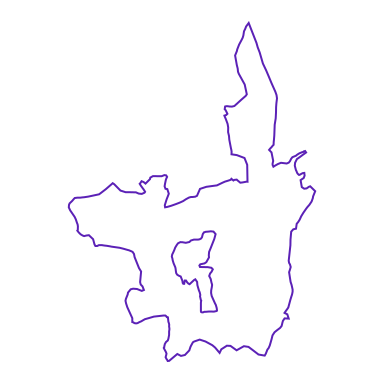 outline of Kafr Al-Shaykh, Kafr ash Shaykh, Egypt
{"feature_id": "37247803B58059087530492", "entity_name": "Kafr Al-Shaykh", "entity_type": "district", "adm_level": 2, "iso_a3": "EGY", "parent_name": "Egypt", "parent_adm1": "Kafr ash Shaykh", "projection": "albers", "projection_center": [30.959, 31.2], "detail": "fine", "context": "isolated", "style": "outline", "palette": "violet", "viewbox_px": 384, "rotation_deg": 0, "n_neighbors": 0, "source": "geoboundaries", "source_scale": "gbopen_adm2", "svg_char_len": 6041}
<svg xmlns="http://www.w3.org/2000/svg" viewBox="0 0 384 384"><path d="M248.7,23.0L246.1,26.5L245.2,28.9L244.0,31.3L243.4,35.3L242.7,37.7L241.5,40.1L239.1,44.6L237.2,49.5L236.9,51.0L235.1,55.5L236.2,61.6L236.8,65.0L237.7,68.6L238.0,71.7L238.8,73.8L244.7,84.5L246.8,94.3L245.8,95.8L241.0,100.0L234.4,106.0L232.0,106.6L229.6,106.5L227.5,106.2L226.3,106.2L225.1,106.5L224.7,109.2L225.6,110.1L227.4,113.8L226.2,115.0L225.3,115.3L224.4,115.6L224.7,116.5L225.8,119.0L227.6,123.9L228.2,127.5L228.1,132.1L229.0,136.0L229.3,139.7L230.7,147.0L231.0,148.5L231.3,149.7L231.6,151.6L231.5,154.3L236.8,155.1L244.5,158.0L247.2,164.8L247.5,181.7L246.9,181.6L242.7,182.4L240.3,182.7L237.3,180.2L236.7,179.6L234.3,179.9L233.4,180.5L231.4,178.8L230.7,179.8L228.0,180.7L225.0,181.6L222.3,182.8L216.9,185.4L214.5,185.7L206.4,186.8L202.7,188.0L200.0,188.9L199.1,191.0L197.0,195.8L195.2,196.7L192.5,197.0L191.0,197.0L190.2,197.2L188.9,197.6L185.8,199.3L183.1,201.1L179.8,202.6L175.9,204.1L171.1,205.8L168.7,206.5L166.9,207.0L166.2,207.1L165.1,207.3L164.8,205.2L166.6,199.4L167.9,196.1L168.8,193.7L167.3,189.1L165.5,188.8L164.6,186.3L165.0,183.9L165.9,179.6L166.5,178.1L167.1,176.9L166.2,175.4L164.4,175.1L161.7,176.2L158.1,176.2L153.0,176.1L150.3,177.6L150.0,179.1L145.5,183.6L143.7,182.1L141.6,181.2L140.2,183.3L139.7,183.8L140.9,185.7L142.7,188.2L143.6,189.4L145.1,191.8L144.5,192.7L141.8,193.9L138.8,193.6L135.8,192.3L133.4,192.3L129.2,192.2L125.6,192.2L121.2,190.8L120.5,190.6L114.2,184.2L112.7,183.2L111.6,184.2L110.3,185.3L105.8,189.2L101.9,192.2L99.1,194.3L88.3,196.6L84.4,197.2L82.3,197.4L79.9,197.7L77.2,197.7L74.8,198.0L73.9,198.9L72.1,201.0L69.6,203.4L69.0,204.9L68.8,207.4L70.2,210.4L74.6,216.8L75.8,219.3L77.0,222.9L77.6,224.4L77.9,226.3L77.8,229.9L77.3,230.6L78.7,232.4L80.5,234.2L81.4,234.8L82.6,235.5L84.1,236.1L86.5,235.5L88.9,235.2L93.1,239.2L94.5,244.4L95.4,246.0L97.2,246.0L99.0,245.1L101.7,245.1L104.1,245.5L105.8,245.7L106.8,245.8L110.4,246.4L111.2,246.6L119.7,247.8L123.3,248.7L127.5,249.9L129.0,250.3L131.4,251.3L132.6,251.9L134.0,254.0L134.6,257.1L139.0,268.1L141.1,271.5L140.1,282.1L140.7,284.5L142.5,286.4L143.9,290.0L141.8,290.9L137.0,289.0L133.1,288.7L130.7,289.3L128.0,292.6L127.7,294.4L125.9,298.9L125.5,300.8L126.1,303.5L127.3,307.2L128.8,310.5L132.3,318.2L132.3,322.1L133.5,322.4L134.3,323.1L136.1,323.4L137.6,323.1L139.2,322.2L141.3,321.3L142.8,320.4L144.9,319.2L148.8,318.1L153.9,316.6L156.6,316.3L163.8,315.5L165.3,315.5L165.6,315.7L166.2,316.2L166.8,317.1L167.7,317.1L168.0,317.7L168.0,318.1L168.4,321.8L168.9,323.2L169.2,324.7L169.1,326.5L169.4,328.4L169.4,329.6L169.1,331.4L169.1,335.0L168.4,338.7L167.8,340.5L166.0,342.0L164.8,344.1L164.5,345.6L164.3,346.2L164.3,347.1L163.8,347.7L163.8,348.1L165.9,352.0L166.5,353.6L166.2,355.1L165.6,357.2L166.5,359.0L167.0,359.6L167.7,361.0L168.8,360.9L169.1,360.9L177.3,354.0L181.0,355.9L184.9,355.0L187.1,352.7L189.3,350.4L190.5,346.8L191.2,345.4L192.9,342.3L194.2,341.5L199.7,339.6L205.5,341.5L212.3,345.2L214.7,347.2L215.4,347.9L219.6,352.9L221.3,349.3L226.9,345.7L230.5,345.9L236.6,350.3L243.9,346.2L248.5,346.9L252.1,349.6L258.1,354.2L258.4,354.5L261.8,355.1L264.7,355.6L265.8,353.7L267.4,349.6L268.6,348.1L269.0,347.2L269.8,345.4L269.9,345.0L270.6,342.6L271.6,339.1L272.5,335.4L274.5,332.3L275.2,331.7L277.2,330.1L279.7,328.2L280.1,327.9L281.6,326.0L282.2,323.7L282.3,323.1L282.8,321.3L282.9,320.9L284.6,318.4L287.2,318.5L288.7,318.6L287.3,314.3L286.1,313.7L284.8,313.1L284.5,312.9L286.4,310.2L287.3,309.0L288.3,307.5L290.4,299.7L290.8,298.4L291.5,296.1L291.8,295.3L292.2,293.8L292.5,292.2L292.6,291.8L292.6,289.5L291.6,285.0L290.6,281.9L290.0,278.1L289.1,272.2L289.9,269.8L290.7,267.0L290.0,264.5L289.1,262.9L288.7,260.8L290.4,245.3L290.5,239.6L291.2,231.7L291.5,231.3L293.3,229.3L296.0,228.7L296.7,223.8L298.2,222.0L299.7,219.6L301.2,216.3L303.4,212.7L306.1,208.8L307.3,207.2L309.4,204.8L311.6,201.5L312.8,198.2L313.1,196.4L315.2,191.2L310.2,186.3L308.7,186.9L307.5,187.8L306.6,188.4L304.2,188.7L301.8,187.1L300.6,180.1L303.7,178.0L304.6,175.6L304.3,172.9L302.8,173.1L301.6,173.7L299.5,174.9L298.9,174.9L297.7,173.7L297.1,172.8L296.5,171.2L295.9,170.0L294.8,165.7L295.1,162.7L296.0,160.9L296.9,159.1L299.9,157.0L302.7,154.9L306.1,152.5L305.1,151.0L304.2,151.3L303.9,151.3L303.3,151.9L302.1,152.2L299.4,153.3L297.0,154.8L296.0,155.7L292.4,157.2L291.2,158.7L290.0,161.1L288.8,162.6L286.7,163.5L284.3,163.2L281.0,162.8L278.0,164.0L275.3,165.5L273.4,166.7L272.6,164.9L272.6,163.6L273.2,160.9L271.5,152.4L269.1,149.9L270.3,148.4L271.5,147.2L272.7,145.7L273.6,144.8L273.7,142.1L274.0,139.3L274.3,135.4L274.7,124.7L275.7,118.4L276.0,112.6L276.1,107.1L276.4,103.2L277.0,98.3L276.5,95.0L275.3,91.6L273.5,87.6L271.5,83.1L268.8,76.6L266.2,70.5L262.9,63.5L259.7,52.5L257.7,47.3L256.5,43.0L248.7,23.0ZM214.3,238.9L210.6,248.3L209.1,251.9L208.8,255.3L209.0,257.4L206.3,262.2L204.5,263.4L200.3,264.3L199.4,265.5L200.0,267.0L204.8,267.1L207.5,267.1L211.4,267.8L212.8,269.3L211.6,271.7L210.1,273.5L209.2,276.0L210.7,279.0L211.5,282.7L211.8,283.6L212.1,284.8L212.1,285.1L211.8,287.2L211.2,290.3L211.1,293.0L211.7,296.0L215.0,303.4L215.8,304.9L216.7,308.0L217.0,310.4L216.7,311.0L214.0,311.6L209.2,311.5L205.9,311.8L204.4,311.8L202.9,312.4L201.7,312.3L201.1,312.0L200.9,311.2L200.9,302.6L201.2,300.5L200.9,300.2L200.0,296.2L200.3,295.0L199.7,292.3L198.9,290.4L197.4,285.2L197.1,281.9L195.3,279.3L194.1,280.0L189.6,284.2L188.4,283.6L187.2,282.4L186.4,281.1L186.0,280.5L185.4,280.5L184.8,280.5L184.2,283.8L183.3,283.8L182.7,282.9L182.4,280.8L180.7,276.5L178.6,275.6L177.1,274.6L176.2,273.1L175.9,271.3L175.6,268.8L175.3,267.3L174.2,264.7L173.6,263.3L172.7,260.3L172.4,258.5L171.8,256.6L172.1,255.1L172.2,254.5L173.1,252.7L174.3,250.0L175.2,247.6L176.7,245.1L178.0,243.3L180.4,242.1L181.0,242.2L182.2,242.2L185.8,242.8L189.4,242.0L190.9,240.5L193.9,239.6L198.1,239.6L199.6,239.3L201.1,238.5L202.0,237.2L202.6,234.8L202.9,233.9L203.3,233.3L203.6,233.0L203.9,232.4L204.2,232.3L205.7,231.8L208.4,231.6L210.8,231.3L213.5,231.6L215.6,234.1L214.3,238.9Z" fill="none" stroke="#5b21b6" stroke-width="2"/></svg>